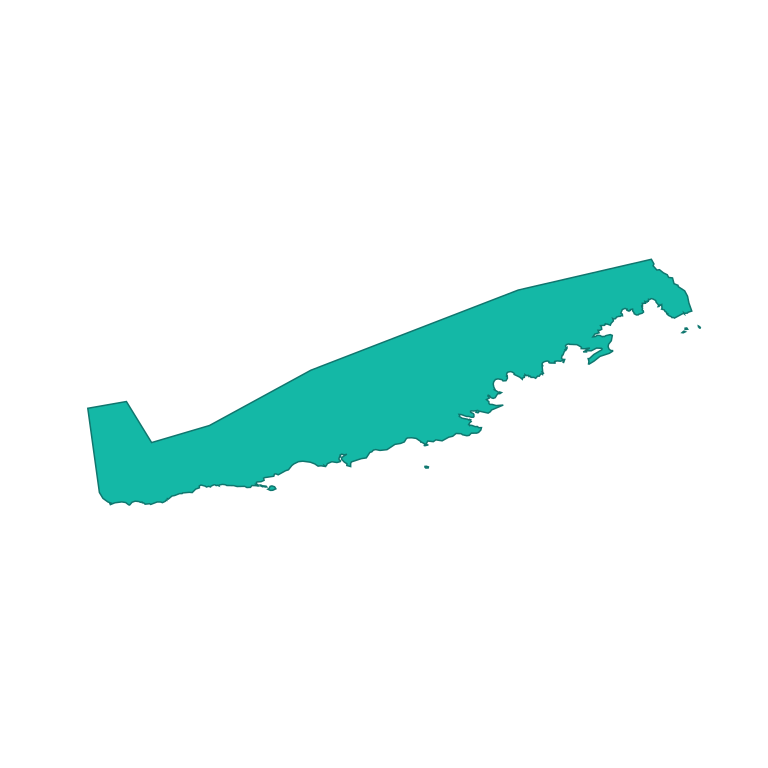 Marigne-Kokota, Isabel, Solomon Islands (Equal Earth projection), rotated 123°
{"feature_id": "97153195B92946274587204", "entity_name": "Marigne-Kokota", "entity_type": "district", "adm_level": 2, "iso_a3": "SLB", "parent_name": "Solomon Islands", "parent_adm1": "Isabel", "projection": "equal_earth", "projection_center": [159.347, -8.097], "detail": "fine", "context": "isolated", "style": "filled", "palette": "teal", "viewbox_px": 768, "rotation_deg": 123, "n_neighbors": 0, "source": "geoboundaries", "source_scale": "gbopen_adm2", "svg_char_len": 6178}
<svg xmlns="http://www.w3.org/2000/svg" viewBox="0 0 768 768"><g transform="rotate(123 384 384)"><path d="M565.7,619.2L630.0,563.6L633.0,557.4L633.3,551.3L632.5,547.7L633.6,548.7L634.2,547.8L630.2,545.0L625.7,539.7L624.1,536.1L624.4,532.4L624.0,531.4L620.4,530.9L617.8,528.9L616.1,525.6L615.9,524.0L614.8,522.6L615.3,522.0L614.6,520.8L614.9,518.9L612.0,515.3L612.1,514.1L606.5,510.0L604.6,507.0L604.2,505.2L601.6,503.6L600.4,503.6L600.0,502.7L598.1,503.3L598.0,502.2L593.4,500.8L591.5,498.8L587.3,495.8L585.8,493.6L585.0,493.5L580.9,488.3L579.5,485.7L574.7,484.7L571.6,482.3L570.1,483.4L568.4,482.5L567.0,478.2L567.1,476.8L565.4,475.4L564.8,473.4L563.8,473.4L561.1,471.7L560.6,470.8L560.6,469.4L559.7,468.7L559.4,467.3L559.1,468.0L559.1,467.1L558.2,466.9L556.2,464.9L554.8,462.1L554.8,460.7L551.0,454.6L550.0,451.4L545.7,445.1L545.5,442.6L543.4,439.7L541.1,439.5L539.1,436.2L538.5,436.8L538.6,434.9L537.9,433.7L537.0,435.1L537.5,436.6L536.0,437.4L535.1,436.9L532.9,433.9L530.1,432.1L528.6,433.7L527.5,433.1L521.4,426.2L519.3,426.8L518.2,425.7L517.8,423.3L510.3,419.3L508.0,417.4L502.6,416.9L500.0,416.0L495.8,413.5L493.0,410.1L489.7,403.2L488.7,398.5L488.8,394.6L486.9,392.3L485.3,388.7L484.9,389.4L484.9,388.4L484.1,387.9L481.6,388.1L477.6,385.4L475.5,380.7L473.0,378.5L472.2,378.5L471.9,380.4L471.3,381.1L469.0,381.6L469.1,380.9L468.5,380.7L467.3,382.1L465.9,381.3L464.9,378.6L463.1,376.9L466.8,378.7L469.1,379.2L470.2,378.6L471.1,374.8L471.1,371.6L472.6,370.8L471.4,367.0L468.8,368.7L467.1,368.9L459.0,362.4L455.6,358.6L449.1,358.6L447.5,357.3L445.2,356.9L443.5,355.2L441.9,351.2L437.4,345.7L428.6,341.9L424.8,337.7L421.5,335.4L417.7,335.5L416.4,334.9L414.0,331.5L412.1,327.4L412.2,322.1L412.7,321.4L412.3,321.0L412.0,315.6L412.5,315.4L413.8,317.3L413.5,316.1L410.9,313.6L411.7,315.1L411.1,315.6L411.2,316.1L408.0,316.2L405.5,311.2L402.6,310.1L400.0,304.3L393.3,300.7L390.4,297.9L386.2,296.6L383.6,292.1L383.8,290.6L382.3,286.4L380.7,284.6L377.7,284.0L374.7,279.5L373.1,278.3L369.9,277.7L367.5,278.5L369.0,280.7L368.8,282.6L370.1,284.3L370.8,287.6L371.5,289.1L372.2,289.4L371.8,290.1L372.0,290.9L369.6,291.0L368.0,290.4L367.6,291.8L366.8,291.7L367.0,293.0L368.1,293.6L368.0,294.7L370.1,299.8L370.2,303.2L369.1,303.4L368.6,304.5L367.6,302.8L366.2,297.0L365.0,295.2L364.3,292.5L363.1,290.9L362.4,290.8L360.6,292.0L360.2,292.8L360.5,296.0L359.7,296.6L358.9,296.1L357.7,293.9L355.6,291.6L357.6,291.5L357.0,289.5L356.1,289.2L355.1,289.9L351.7,280.8L349.2,279.7L347.3,279.7L336.7,272.5L341.0,278.2L342.2,282.1L343.5,284.3L343.1,285.5L341.7,286.4L341.3,289.6L338.6,288.1L337.9,288.8L337.5,290.4L336.6,290.5L336.4,289.1L337.2,286.9L336.6,284.6L334.9,283.3L330.4,283.4L328.9,281.5L327.2,280.8L327.7,282.7L328.5,282.8L328.7,288.2L328.2,287.8L326.8,290.2L324.5,292.4L322.3,293.2L319.5,293.0L317.6,291.2L316.1,287.4L316.6,285.9L314.8,283.5L312.0,283.6L310.1,285.0L310.7,285.5L308.1,286.9L306.3,286.4L304.6,284.5L304.1,282.7L304.2,280.4L305.1,280.1L304.3,273.9L304.7,270.6L303.6,271.1L302.0,269.9L300.8,270.9L300.1,270.1L299.3,270.9L299.2,268.7L298.2,267.9L298.8,266.4L298.0,266.2L297.8,265.4L298.4,264.3L296.8,261.9L296.6,259.9L293.8,259.5L292.8,258.0L290.5,258.1L289.7,257.3L289.7,256.4L288.7,257.1L288.6,256.2L288.1,256.1L287.6,258.2L287.0,257.8L282.7,261.3L282.2,260.8L281.2,262.4L279.7,262.5L277.8,261.6L275.8,259.7L275.3,257.9L276.0,257.4L276.3,258.0L276.1,256.4L273.0,251.4L273.2,252.8L272.2,253.2L270.3,251.3L268.6,248.1L267.1,247.3L267.1,246.1L268.2,245.7L268.1,245.1L265.0,245.8L266.1,247.8L265.7,249.2L262.9,250.2L262.2,249.7L258.5,250.5L256.5,250.0L256.5,250.9L255.9,250.7L256.3,249.9L254.5,249.9L254.0,250.2L255.4,250.4L254.6,250.5L253.2,252.6L251.5,252.4L249.6,250.8L249.8,250.2L245.9,243.6L245.6,239.4L245.8,238.4L246.9,237.9L245.3,235.1L241.7,231.0L244.8,232.5L245.5,231.7L243.2,228.2L238.1,225.3L235.6,221.1L235.8,220.2L236.7,220.0L244.9,224.1L250.8,225.6L251.5,226.6L253.4,224.5L255.8,223.4L255.6,222.8L250.4,220.3L243.2,217.9L235.5,211.7L232.0,210.1L231.5,210.5L232.4,212.1L232.1,214.4L230.6,216.4L228.4,217.3L223.9,216.9L218.9,219.0L219.3,221.1L222.5,224.2L224.3,225.1L224.8,226.3L225.5,226.7L225.7,229.3L227.0,231.6L229.0,232.5L230.7,234.5L227.3,234.4L223.9,231.5L222.4,233.8L221.5,232.3L219.5,231.2L217.9,232.6L217.1,234.2L214.6,230.9L213.7,231.3L213.1,230.7L212.6,231.6L212.8,230.3L212.2,229.6L211.4,226.2L209.5,226.6L206.1,226.0L204.5,227.9L204.4,226.8L203.1,225.4L201.3,225.4L199.2,223.8L198.8,222.8L197.6,222.4L196.9,221.1L195.6,222.2L195.6,224.0L191.7,224.7L189.3,223.0L189.1,221.3L189.5,220.9L189.0,220.7L189.8,219.9L189.5,218.3L189.0,218.5L188.1,217.4L187.4,217.9L185.8,216.3L187.3,215.1L188.0,213.2L188.8,212.5L188.6,209.9L187.5,208.4L186.7,208.3L184.0,206.0L182.3,205.5L181.4,206.5L181.3,207.8L179.5,208.5L178.9,209.8L178.1,209.6L178.0,210.4L176.9,210.1L175.7,211.3L173.9,208.7L172.7,210.1L172.4,208.5L171.8,207.9L171.1,208.3L170.6,207.4L168.9,208.3L168.7,207.3L166.9,206.5L166.2,204.6L166.0,201.6L167.2,200.3L168.3,196.5L169.8,196.3L169.2,195.6L167.2,195.6L167.3,194.9L166.1,194.4L169.2,192.0L170.0,192.0L169.2,189.3L170.1,187.8L170.0,186.3L170.9,185.3L170.5,184.5L171.2,184.5L171.5,182.6L171.1,179.5L171.5,178.7L170.5,177.2L170.5,176.3L161.6,171.4L161.7,170.3L161.0,171.2L161.1,170.5L159.2,168.1L158.3,168.1L155.2,165.6L150.0,172.4L145.1,177.2L142.1,182.6L142.1,190.2L141.1,191.2L141.9,195.4L137.9,199.8L139.6,203.4L138.1,205.9L138.6,210.2L138.1,215.2L139.8,217.2L138.3,222.7L136.3,223.0L133.8,227.7L232.1,322.6L412.2,452.8L513.9,507.8L559.7,547.0L539.0,590.5L565.7,619.2ZM535.5,424.1L535.1,421.3L533.7,419.4L530.8,417.6L529.8,419.8L530.5,422.5L531.8,423.7L534.3,423.5L535.5,424.1ZM431.7,303.1L430.3,301.2L429.3,301.6L429.9,303.7L430.8,304.8L431.5,304.3L431.7,303.1ZM536.7,432.4L536.3,429.8L535.0,428.5L535.2,427.7L534.2,426.3L533.9,427.2L535.6,430.6L535.8,432.3L536.3,433.0L536.7,432.4ZM248.6,234.4L246.8,231.6L245.0,232.9L244.5,232.6L244.9,233.1L246.3,233.1L248.6,234.4ZM174.3,161.2L172.7,159.2L172.1,160.6L173.2,161.9L174.3,161.2ZM178.6,162.0L178.1,160.9L176.1,159.7L176.5,161.4L178.6,162.0ZM164.8,151.4L165.1,149.4L164.8,148.8L165.0,149.5L164.5,149.4L164.0,150.5L164.1,152.0L164.8,151.4Z" fill="#14b8a6" stroke="#0f766e" stroke-width="1.5"/></g></svg>